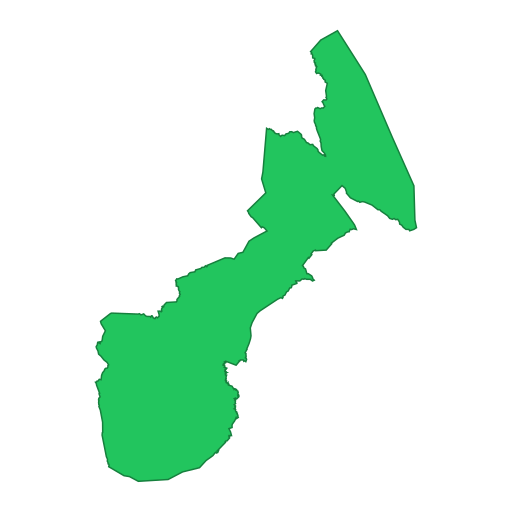 the district of Våler nor, Hedmark, Norway
{"feature_id": "86288312B45853408060445", "entity_name": "Våler nor", "entity_type": "district", "adm_level": 2, "iso_a3": "NOR", "parent_name": "Norway", "parent_adm1": "Hedmark", "projection": "albers", "projection_center": [11.908, 60.813], "detail": "fine", "context": "isolated", "style": "filled", "palette": "green", "viewbox_px": 512, "rotation_deg": 0, "n_neighbors": 0, "source": "geoboundaries", "source_scale": "gbopen_adm2", "svg_char_len": 6062}
<svg xmlns="http://www.w3.org/2000/svg" viewBox="0 0 512 512"><path d="M97.0,381.1L96.6,381.9L95.5,382.2L96.3,383.5L96.6,385.2L99.6,393.2L99.1,393.4L99.2,394.3L100.1,396.9L98.9,398.2L98.6,399.3L98.6,400.1L98.9,400.3L98.6,402.3L98.8,404.5L99.3,405.2L98.9,406.5L100.3,410.0L102.6,422.2L102.7,432.4L102.3,432.7L102.1,435.1L106.4,456.8L107.5,459.2L107.3,461.2L108.0,462.5L108.1,463.9L108.7,464.1L109.1,465.1L108.7,466.7L124.0,475.7L129.5,476.6L138.3,481.3L168.1,479.5L182.6,471.9L199.5,467.7L206.1,460.5L212.9,455.6L214.8,453.1L215.9,452.3L216.4,453.0L217.7,452.5L218.5,450.6L217.4,450.7L225.5,442.3L225.2,441.7L225.5,441.2L227.1,440.8L229.6,437.9L228.9,436.9L229.7,436.3L229.2,435.6L231.5,435.6L230.5,431.8L228.9,428.6L232.1,427.5L232.0,425.6L232.3,424.2L234.7,420.8L236.1,417.6L236.5,418.6L238.3,417.4L237.8,416.3L237.9,415.2L237.0,413.8L237.3,413.2L236.7,412.9L236.6,411.8L235.9,411.8L235.4,410.4L235.6,409.5L234.2,408.8L235.7,407.8L234.9,407.9L235.4,407.2L234.9,406.5L235.5,406.0L234.2,404.7L235.6,403.6L235.1,402.1L235.4,401.6L235.4,400.8L234.8,400.2L235.5,399.8L234.3,398.6L235.5,398.1L235.8,398.7L236.9,398.7L238.9,396.7L238.8,395.9L238.3,395.5L237.9,395.9L237.7,395.2L238.6,394.9L237.8,393.7L238.2,392.3L237.9,392.0L237.9,391.2L237.0,390.7L236.5,389.5L236.1,389.4L236.2,390.0L235.9,390.1L235.0,389.0L234.1,389.5L234.0,389.1L234.5,388.7L233.4,388.4L232.0,386.2L228.4,385.0L228.2,384.3L228.7,384.0L228.1,383.4L228.0,382.5L227.3,383.2L226.2,382.6L226.1,382.0L226.7,381.1L226.0,381.5L225.6,380.8L226.2,380.6L225.5,379.9L225.7,379.0L226.2,378.9L226.0,377.1L226.6,375.2L225.5,375.1L225.4,374.5L225.9,373.9L225.4,373.3L226.8,372.6L225.8,372.4L226.2,371.8L225.7,371.3L225.3,371.9L224.7,371.1L225.3,370.1L225.1,369.4L226.0,369.3L226.8,368.2L224.5,367.3L224.9,367.0L224.6,366.7L224.7,365.8L223.8,365.5L224.1,365.0L223.1,365.0L223.3,364.0L225.1,363.0L224.6,362.9L225.1,362.4L224.5,361.9L225.7,361.2L236.1,365.2L239.1,361.6L239.1,360.9L239.8,361.0L240.3,360.0L243.1,360.0L243.6,360.3L243.8,361.2L244.4,360.8L245.8,361.7L246.6,359.5L246.2,358.1L245.4,357.8L246.2,356.1L245.8,354.9L246.1,353.9L245.1,352.8L247.0,349.3L246.7,349.1L249.0,343.6L250.5,338.8L251.0,335.8L250.3,327.9L252.1,322.6L257.0,313.5L260.1,310.8L277.6,299.2L281.0,297.6L282.4,298.4L283.0,297.5L282.8,297.1L283.2,295.9L284.9,295.1L286.5,291.9L288.2,291.0L289.7,288.0L291.1,287.8L291.7,286.8L291.8,285.2L296.9,283.4L296.9,282.8L296.1,282.1L295.7,280.9L299.9,280.9L302.1,279.0L304.0,279.2L304.7,278.6L306.6,279.3L310.2,279.3L312.5,281.0L314.2,280.2L312.5,278.4L312.6,277.7L311.7,275.9L308.3,273.7L306.9,273.7L305.5,268.9L303.9,267.9L303.4,266.4L302.5,265.6L308.4,257.5L309.0,258.2L311.8,254.7L311.0,254.0L313.3,250.9L315.5,250.1L315.7,250.7L326.2,250.1L331.7,243.8L331.3,243.2L337.8,238.2L344.3,235.1L345.4,233.0L347.8,231.8L349.1,231.8L350.2,229.2L351.5,229.6L353.5,228.8L356.4,229.5L354.6,225.1L353.3,223.1L344.8,211.0L332.6,195.1L334.2,195.3L333.9,194.0L342.0,185.6L345.2,188.3L346.6,192.2L346.4,193.1L350.4,197.8L357.6,201.5L358.6,201.2L359.8,202.3L362.2,201.6L364.3,201.9L371.9,205.0L377.9,209.7L379.8,209.7L381.1,211.2L387.6,215.7L389.7,218.4L392.5,219.3L394.1,218.5L395.7,219.7L397.7,219.3L399.4,221.9L399.7,224.1L401.7,225.1L403.2,227.2L406.0,229.4L408.9,229.4L409.7,230.8L413.8,229.4L416.5,227.7L414.9,220.1L413.9,185.8L392.3,137.3L365.3,74.5L352.9,54.9L337.5,30.7L320.8,40.0L310.6,51.6L311.6,52.5L311.2,53.8L311.9,53.9L312.6,55.0L312.7,57.9L314.8,58.4L314.8,59.3L314.1,60.3L314.3,62.3L315.4,63.0L314.9,63.9L316.0,65.3L315.5,65.8L316.8,66.8L316.4,67.3L315.8,70.0L316.1,70.6L315.5,71.8L316.6,73.5L318.0,73.0L319.6,73.5L320.7,74.1L320.4,75.1L322.1,75.4L321.8,76.4L322.8,77.2L322.9,78.2L323.5,78.5L323.7,79.3L325.3,80.3L325.1,81.9L327.3,83.3L325.7,90.6L326.5,96.3L326.0,97.6L326.7,98.2L326.7,99.4L326.1,100.0L323.7,99.9L322.1,101.7L323.0,102.7L323.8,104.8L324.8,106.3L323.2,108.1L321.9,107.9L320.1,108.7L317.6,107.5L316.6,108.2L315.7,108.1L314.9,109.0L314.1,113.7L314.7,117.8L314.2,120.6L314.4,122.1L315.5,124.4L315.7,125.9L316.4,126.5L316.5,128.6L317.2,130.7L320.6,139.3L320.2,141.1L321.0,142.9L321.2,146.6L322.0,150.6L324.3,153.0L325.5,155.0L325.6,156.3L324.6,156.1L324.3,154.7L322.7,155.2L319.3,152.6L318.0,151.2L318.0,150.0L317.0,148.5L313.6,145.9L312.7,144.4L310.0,144.7L307.9,142.9L306.6,142.7L304.4,139.3L302.0,137.9L301.4,135.6L301.6,135.2L301.1,134.3L297.5,131.3L293.4,132.6L291.7,131.7L289.7,131.8L288.7,133.3L286.0,133.9L284.6,135.6L282.1,135.2L280.6,136.4L278.8,134.6L278.8,133.7L277.0,133.9L275.1,133.3L274.4,132.1L273.6,131.7L273.5,130.9L272.5,130.7L271.2,129.3L270.1,129.4L269.4,128.7L268.3,129.4L266.6,128.3L262.9,172.1L261.6,178.9L265.8,192.9L247.5,210.8L248.3,211.9L248.8,213.5L251.1,216.7L252.7,217.7L261.4,227.7L262.2,226.8L264.4,227.9L267.0,231.0L254.0,237.9L249.0,241.2L242.9,252.3L238.2,253.4L234.1,259.2L230.7,258.0L224.9,257.9L207.1,265.4L207.2,266.0L206.8,266.7L205.4,265.8L204.3,267.2L201.8,267.4L200.8,268.5L195.7,269.9L194.9,271.8L190.2,272.6L188.7,273.9L187.7,275.8L182.9,276.8L177.9,279.0L176.8,278.8L175.6,280.6L176.2,281.3L175.9,282.0L176.6,282.8L176.2,283.4L176.2,284.6L176.6,285.0L176.2,285.9L178.3,286.7L178.3,287.3L178.7,288.0L178.4,289.0L179.1,290.9L179.8,291.5L179.4,293.2L180.2,294.3L179.4,295.5L179.6,296.3L177.0,299.4L177.0,300.8L176.4,301.9L166.5,302.5L164.1,305.0L163.6,306.8L162.6,306.2L162.0,306.6L162.4,307.8L161.5,309.1L161.8,311.2L161.1,311.8L160.2,311.1L158.1,311.2L159.1,314.5L159.1,316.3L157.4,317.8L156.4,317.0L155.4,317.6L155.2,318.5L154.3,318.5L153.3,317.9L152.2,315.9L151.6,315.8L150.7,317.1L150.3,316.5L146.8,316.4L145.5,315.8L143.7,313.9L141.0,314.9L139.4,313.7L138.1,314.1L111.7,313.1L110.5,313.5L100.5,321.3L101.2,323.8L105.4,330.8L102.7,336.3L102.1,340.6L101.5,341.5L100.0,341.9L100.3,342.9L100.1,343.6L98.9,342.9L98.9,342.0L97.7,342.3L97.2,345.1L96.2,346.5L96.4,347.9L98.0,351.0L98.6,354.1L101.0,356.2L104.0,360.0L107.1,362.4L108.6,364.9L107.9,365.5L107.9,367.1L107.2,368.2L105.9,368.2L104.7,369.2L104.4,370.5L102.6,372.7L101.6,375.3L101.1,379.7L99.3,379.3L97.8,381.2L97.0,381.1Z" fill="#22c55e" stroke="#15803d" stroke-width="1.5"/></svg>